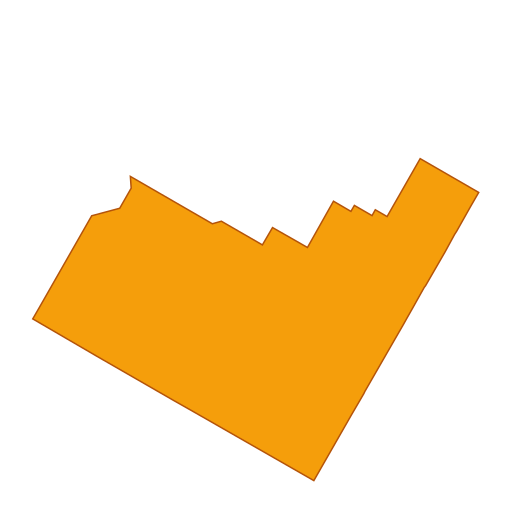 Walthall, Mississippi, United States of America, rotated 300°
{"feature_id": "52423323B48551637922403", "entity_name": "Walthall", "entity_type": "district", "adm_level": 2, "iso_a3": "USA", "parent_name": "United States of America", "parent_adm1": "Mississippi", "projection": "robinson", "projection_center": [-90.045, 31.176], "detail": "fine", "context": "isolated", "style": "filled", "palette": "amber", "viewbox_px": 512, "rotation_deg": 300, "n_neighbors": 0, "source": "geoboundaries", "source_scale": "gbopen_adm2", "svg_char_len": 666}
<svg xmlns="http://www.w3.org/2000/svg" viewBox="0 0 512 512"><g transform="rotate(300 256 256)"><path d="M262.1,107.4L252.3,114.0L229.2,114.1L208.7,93.6L102.8,94.1L89.9,94.1L89.6,167.4L89.6,175.3L89.7,256.0L89.9,282.5L90.4,418.4L141.4,418.2L164.7,418.1L165.0,418.1L190.8,418.2L193.1,418.0L254.0,417.9L270.6,417.9L276.4,417.8L289.6,417.7L313.0,417.4L315.1,417.7L350.9,417.7L354.0,417.7L374.1,417.2L377.9,417.4L405.9,417.1L422.4,417.1L422.4,349.5L355.7,349.8L355.7,336.2L349.0,336.3L349.0,315.9L342.1,315.9L342.2,295.7L289.1,296.3L288.9,256.1L268.8,256.0L268.8,208.6L262.1,202.1L262.1,166.9L262.1,107.4Z" fill="#f59e0b" stroke="#b45309" stroke-width="1.5"/></g></svg>